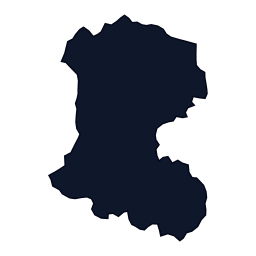 Tio Hugo, Rio Grande do Sul, Brazil (Albers equal-area conic projection)
{"feature_id": "56859067B27913775705239", "entity_name": "Tio Hugo", "entity_type": "district", "adm_level": 2, "iso_a3": "BRA", "parent_name": "Brazil", "parent_adm1": "Rio Grande do Sul", "projection": "albers", "projection_center": [-52.596, -28.583], "detail": "fine", "context": "isolated", "style": "filled", "palette": "ink", "viewbox_px": 256, "rotation_deg": 0, "n_neighbors": 0, "source": "geoboundaries", "source_scale": "gbopen_adm2", "svg_char_len": 1624}
<svg xmlns="http://www.w3.org/2000/svg" viewBox="0 0 256 256"><path d="M105.3,23.7L101.3,31.9L97.9,34.4L93.3,36.6L88.8,31.1L83.5,27.3L79.8,29.7L75.8,34.4L72.9,39.1L67.8,41.6L64.9,53.3L61.5,61.4L66.0,62.4L70.4,67.1L77.5,74.4L78.6,80.7L78.2,89.2L78.2,93.9L77.3,98.3L75.6,103.5L77.1,108.7L76.4,115.8L76.0,122.2L76.9,128.6L80.1,134.1L78.4,138.2L75.4,143.9L71.0,152.8L64.8,156.0L65.2,165.7L56.2,171.5L49.0,175.4L51.2,179.6L52.8,186.0L59.6,189.7L62.4,193.7L66.3,195.9L69.9,197.8L75.0,198.5L81.9,197.3L87.1,196.8L91.6,198.7L93.9,203.4L91.8,209.1L94.9,214.7L101.3,218.0L107.8,218.4L108.1,213.8L113.0,213.2L118.4,216.3L123.7,211.9L127.7,211.1L129.2,219.2L131.8,224.3L135.7,226.2L140.0,229.0L144.4,229.8L147.8,226.5L152.3,223.7L157.7,223.9L159.7,230.6L160.8,235.9L167.8,233.6L174.3,235.7L179.8,240.6L183.2,238.1L186.4,232.7L191.8,231.1L197.6,226.5L201.3,219.5L205.5,215.0L205.7,209.6L204.8,203.6L206.5,197.5L205.9,191.6L203.5,185.4L196.6,178.1L192.1,177.8L188.8,172.2L188.1,165.0L182.2,163.2L177.8,160.4L172.2,163.2L167.9,156.7L163.1,157.6L159.0,161.0L156.8,155.7L155.8,149.2L159.0,144.8L155.8,139.9L155.1,135.0L156.7,128.3L162.5,123.7L168.3,121.7L173.2,120.8L176.1,116.3L182.6,117.5L186.9,116.7L185.2,112.4L187.8,107.6L194.2,105.2L191.3,102.0L193.1,96.4L199.0,97.6L205.0,98.3L207.0,93.6L206.6,88.9L205.7,82.9L204.8,77.9L204.6,72.4L200.0,69.8L196.2,65.3L195.8,59.7L195.8,52.9L196.0,44.2L189.4,42.4L176.7,39.0L170.7,37.2L166.2,34.1L163.2,29.4L157.8,26.2L151.3,24.8L146.5,25.7L141.8,24.9L137.2,22.3L132.0,22.7L128.8,18.5L124.5,15.4L120.9,17.9L116.9,21.5L111.4,25.2L105.3,23.7Z" fill="#0f172a" stroke="#020617" stroke-width="1.5"/></svg>